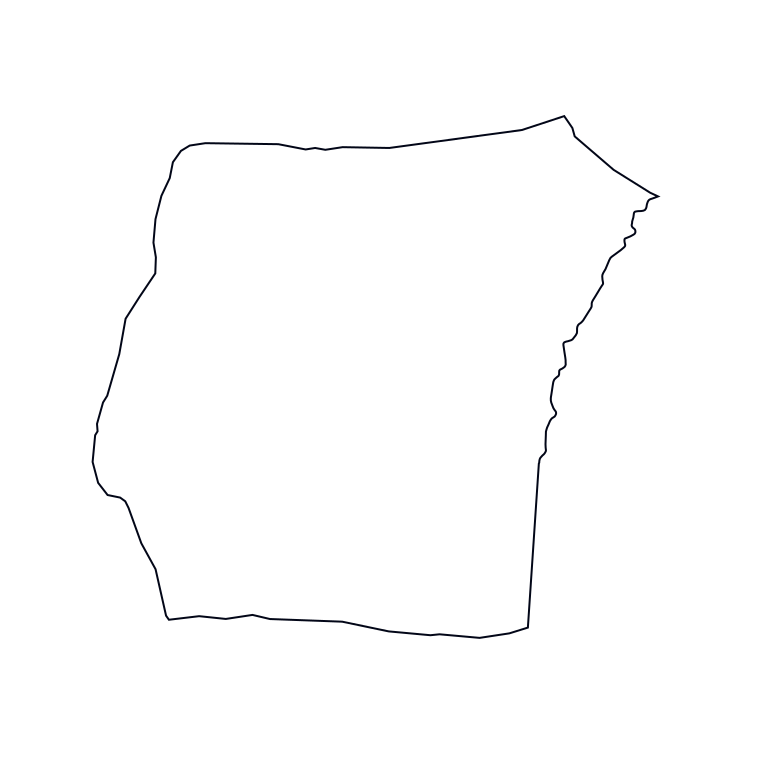 San Pedro Necta, Huehuetenango, Guatemala (orthographic projection), rotated 81°
{"feature_id": "79465075B78521623494839", "entity_name": "San Pedro Necta", "entity_type": "district", "adm_level": 2, "iso_a3": "GTM", "parent_name": "Guatemala", "parent_adm1": "Huehuetenango", "projection": "orthographic", "projection_center": [-91.759, 15.532], "detail": "fine", "context": "isolated", "style": "outline", "palette": "ink", "viewbox_px": 768, "rotation_deg": 81, "n_neighbors": 0, "source": "geoboundaries", "source_scale": "gbopen_adm2", "svg_char_len": 2551}
<svg xmlns="http://www.w3.org/2000/svg" viewBox="0 0 768 768"><g transform="rotate(81 384 384)"><path d="M583.2,633.3L584.4,602.9L591.3,577.0L591.5,550.0L598.3,533.4L612.2,462.5L629.1,418.0L639.4,377.4L639.9,368.3L649.7,329.3L649.9,299.2L647.1,280.0L486.8,243.5L486.0,243.0L484.3,242.6L482.7,242.0L481.6,241.3L480.7,240.3L479.4,238.7L478.4,237.1L477.5,236.1L475.9,234.8L474.8,234.4L472.2,234.3L468.7,233.9L460.1,232.2L456.3,231.5L454.1,230.5L452.5,229.7L449.5,227.7L446.7,226.0L445.3,224.8L444.2,223.6L443.8,222.7L442.8,220.5L441.8,219.6L440.4,218.7L438.8,218.5L438.0,218.7L436.1,219.7L434.5,220.4L432.4,220.9L428.5,221.7L426.4,221.8L424.3,221.5L422.8,221.1L420.1,220.2L417.6,219.4L412.2,217.7L408.6,216.5L406.8,215.5L406.0,214.8L405.1,213.5L404.1,211.9L403.4,210.5L402.6,209.9L401.7,209.5L400.0,209.2L398.5,208.9L397.9,208.5L397.4,207.9L397.0,206.7L396.6,205.4L395.9,204.0L395.3,202.9L394.4,202.1L393.3,201.5L390.8,201.2L388.8,200.9L386.0,200.8L380.7,200.8L373.4,200.7L372.1,200.4L371.4,199.8L371.0,199.3L370.6,197.4L370.5,195.5L370.0,192.2L369.4,190.8L365.9,187.0L363.9,185.5L362.3,185.1L359.2,184.6L357.7,184.1L356.2,183.1L355.2,181.8L354.6,180.4L353.7,179.0L352.4,177.4L349.2,174.6L344.4,170.4L341.6,167.9L340.2,166.9L338.5,166.5L336.7,166.2L335.4,165.6L334.0,164.6L330.2,161.3L323.3,155.5L321.4,153.8L319.7,152.2L319.0,151.9L317.7,151.8L315.3,151.9L311.8,151.6L310.4,151.2L308.9,150.3L307.4,149.1L305.1,147.2L297.0,142.2L294.9,140.6L293.9,139.1L288.8,129.2L286.4,125.3L285.4,124.3L284.4,124.0L281.3,124.2L279.3,124.0L278.3,123.5L277.9,122.8L277.8,122.1L277.4,120.4L276.7,117.5L275.5,114.2L274.9,113.0L273.8,112.1L272.5,111.8L271.6,111.8L270.7,112.0L269.8,112.6L268.4,113.9L267.1,114.5L266.1,114.6L265.1,114.3L263.9,113.8L262.4,113.5L261.1,112.9L259.6,112.2L258.6,111.7L256.3,111.0L254.3,110.4L253.6,109.9L253.1,109.2L253.0,108.2L253.0,106.3L253.4,102.9L253.4,100.8L253.0,99.2L252.3,98.4L251.5,97.7L250.3,97.1L247.6,96.2L245.5,95.1L244.4,94.3L243.6,93.3L243.1,92.0L242.9,90.5L242.4,87.8L241.8,84.9L241.6,84.0L236.7,91.2L208.4,123.7L169.3,156.9L160.6,157.9L147.6,164.1L154.7,208.0L151.7,341.9L143.6,387.8L143.5,405.3L140.1,415.1L140.1,424.7L130.6,450.9L118.2,522.7L118.1,538.6L122.0,548.1L131.9,557.8L147.1,563.4L163.3,574.4L185.4,583.9L208.3,589.6L223.2,589.5L239.0,592.6L259.9,612.0L279.1,629.0L313.1,640.8L352.3,659.2L358.3,664.4L378.5,673.7L385.9,674.3L389.4,677.3L415.4,684.0L436.9,681.8L450.4,674.4L454.9,662.4L459.4,657.9L466.4,655.7L503.4,648.6L531.2,638.6L578.7,635.5L583.2,633.3Z" fill="none" stroke="#020617" stroke-width="2"/></g></svg>